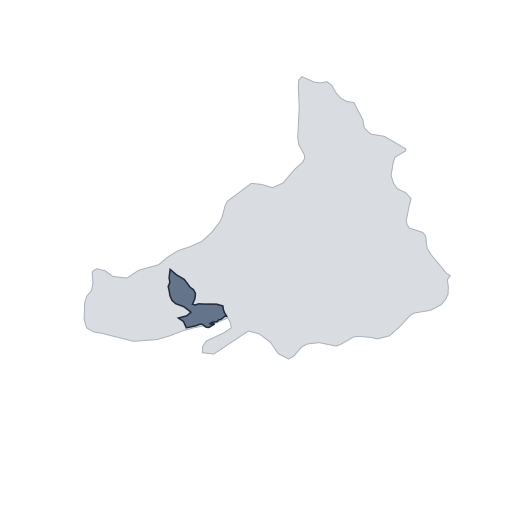 location of Hato Mayor within Dominican Republic, rotated 151°
{"feature_id": "DOM-1980", "entity_name": "Hato Mayor", "entity_type": "Province", "adm_level": 1, "iso_a3": "DOM", "parent_name": "Dominican Republic", "parent_adm1": "", "projection": "natural_earth1", "projection_center": [-69.407, 18.817], "detail": "fine", "context": "in_parent", "style": "filled", "palette": "slate", "viewbox_px": 512, "rotation_deg": 151, "n_neighbors": 0, "source": "natural_earth", "source_scale": "10m", "svg_char_len": 2241}
<svg xmlns="http://www.w3.org/2000/svg" viewBox="0 0 512 512"><g transform="rotate(151 256 256)"><path d="M96.0,342.9L96.5,323.4L99.2,315.5L96.7,307.2L85.7,298.4L78.9,287.0L73.0,276.9L74.3,275.4L86.4,275.0L90.6,271.3L98.8,261.0L100.4,252.7L99.8,246.4L94.5,238.9L92.5,231.0L99.0,224.1L107.5,214.0L108.7,210.1L108.5,206.3L98.7,195.7L98.0,191.1L102.7,179.6L102.2,172.0L97.7,148.2L95.6,144.6L100.0,142.6L102.9,135.5L106.8,129.2L111.9,125.8L117.8,123.7L129.3,123.8L145.3,129.4L149.8,129.3L165.2,124.3L178.0,121.5L189.9,124.6L194.8,128.9L204.7,135.7L209.6,137.8L225.3,137.7L229.6,138.3L242.7,149.6L253.7,154.1L260.2,154.3L271.7,150.0L277.4,150.1L283.9,159.8L285.2,173.5L290.7,186.1L299.1,194.1L340.5,190.7L349.7,197.3L346.5,202.8L340.7,205.7L321.0,204.4L312.4,205.1L310.7,210.5L310.6,215.5L322.1,216.7L333.4,219.3L344.9,223.3L356.6,226.1L369.8,227.9L382.8,230.8L404.4,240.7L428.4,263.2L434.8,268.3L439.0,275.3L437.0,284.0L428.5,298.2L423.7,302.8L416.6,305.5L411.8,311.3L407.1,321.3L404.3,322.1L400.9,321.7L395.1,316.1L391.0,307.4L379.5,299.3L365.7,300.4L345.5,295.6L333.3,297.9L321.0,298.4L308.5,296.0L295.9,295.1L283.3,298.2L271.1,303.4L266.6,306.7L258.8,314.8L254.6,317.8L224.9,321.8L216.4,315.9L208.5,307.8L197.0,306.7L180.5,313.0L170.1,315.3L165.9,317.9L164.7,321.0L164.6,332.3L162.2,339.2L146.0,365.3L136.9,383.6L133.1,389.3L128.8,390.5L120.9,380.0L115.8,376.1L109.5,374.2L106.9,368.6L107.0,360.6L105.4,352.9L101.5,346.9L96.0,342.9Z" fill="#d9dde1" stroke="#a8b0b8" stroke-width="1"/><path d="M310.9,217.4L312.1,218.4L317.6,217.5L319.5,218.2L321.9,217.4L326.6,219.4L329.1,219.1L328.5,218.5L327.7,218.0L326.7,217.6L325.6,217.4L325.6,216.6L331.0,216.3L332.5,216.6L334.3,218.1L335.7,221.7L337.3,223.2L339.1,223.7L342.5,224.1L351.8,227.0L351.7,227.4L351.2,233.9L354.0,239.4L345.7,237.3L340.1,238.4L343.7,246.6L349.4,253.3L351.0,258.0L350.5,263.1L348.8,267.6L347.6,271.9L344.2,274.6L342.6,279.0L340.4,282.1L337.6,285.9L336.1,282.0L334.7,278.1L332.4,274.2L330.1,270.3L329.4,265.5L328.8,260.6L327.0,256.8L327.1,252.7L328.8,250.0L330.9,247.6L333.0,246.1L334.9,244.7L333.0,242.6L329.4,242.0L324.5,239.0L319.5,236.2L313.8,233.0L309.2,228.4L310.5,225.0L311.1,221.4L310.8,218.3L310.9,217.4Z" fill="#64748b" stroke="#1e293b" stroke-width="1.5"/></g></svg>